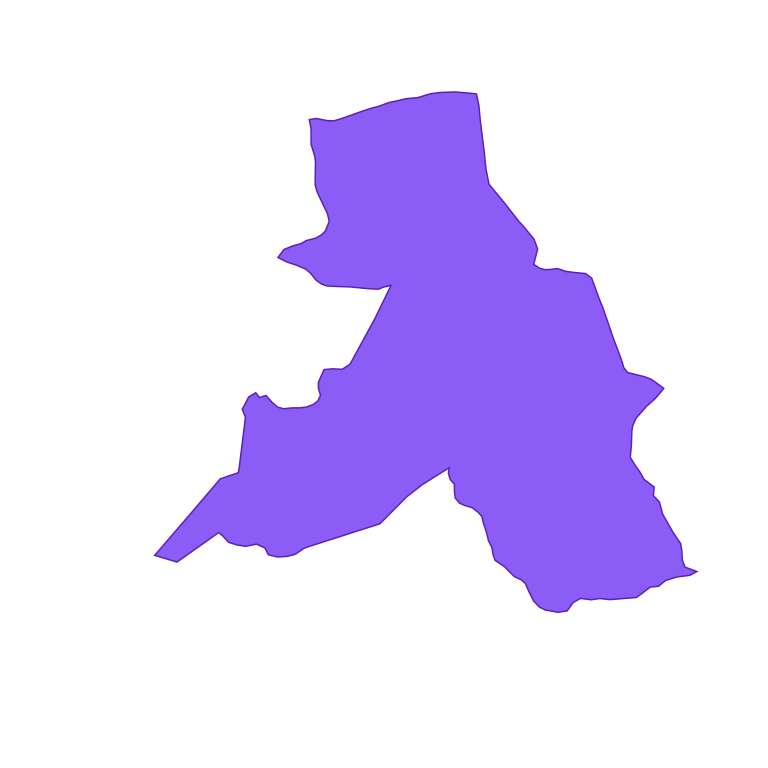 the district of Várzea Branca, Piauí, Brazil, rotated 254°
{"feature_id": "56859067B57465837137566", "entity_name": "Várzea Branca", "entity_type": "district", "adm_level": 2, "iso_a3": "BRA", "parent_name": "Brazil", "parent_adm1": "Piauí", "projection": "mercator", "projection_center": [-42.923, -9.288], "detail": "fine", "context": "isolated", "style": "filled", "palette": "violet", "viewbox_px": 768, "rotation_deg": 254, "n_neighbors": 0, "source": "geoboundaries", "source_scale": "gbopen_adm2", "svg_char_len": 2451}
<svg xmlns="http://www.w3.org/2000/svg" viewBox="0 0 768 768"><g transform="rotate(254 384 384)"><path d="M113.9,592.1L117.5,600.5L117.8,612.2L115.8,625.2L117.5,633.0L125.0,622.9L132.5,622.3L141.5,624.3L148.8,625.2L161.5,621.0L182.1,616.0L194.7,616.2L202.4,612.2L210.5,615.3L220.6,607.7L228.7,605.8L235.8,603.3L245.5,600.5L257.2,605.0L270.8,609.4L275.7,611.8L281.6,616.8L290.4,630.6L294.9,640.1L299.5,647.2L302.7,651.7L310.4,645.8L314.8,642.2L318.9,636.9L323.9,628.2L327.8,621.4L333.6,619.0L340.6,619.0L352.6,618.1L363.1,617.2L373.6,616.6L382.4,616.2L397.3,615.4L404.7,614.5L428.5,612.8L434.6,608.2L438.7,597.8L442.0,590.2L447.1,582.6L448.2,576.1L449.3,570.8L452.2,565.7L457.8,560.9L471.4,568.9L482.0,568.1L497.5,561.3L503.0,558.5L524.3,549.9L539.5,543.3L547.1,540.0L561.6,541.2L569.7,542.5L577.6,544.0L611.4,549.3L625.6,552.0L637.4,552.8L642.3,540.4L645.3,532.3L648.8,518.1L650.2,508.5L650.0,495.2L652.2,483.8L652.6,473.9L653.2,467.1L652.4,454.6L652.6,447.3L652.2,437.6L650.8,415.7L650.8,408.3L652.6,402.5L657.8,392.4L658.8,385.0L650.3,384.4L642.5,382.3L634.6,380.0L621.8,380.2L616.2,379.3L594.8,372.8L587.9,372.6L582.3,373.4L563.3,376.6L555.3,376.1L547.2,369.8L544.6,365.0L543.0,358.9L543.3,348.7L541.8,343.0L541.9,334.7L540.9,324.9L534.8,316.9L528.1,324.2L522.7,332.1L516.1,340.3L510.8,343.9L502.8,347.2L497.2,351.6L494.0,356.1L489.9,368.1L486.6,378.4L480.1,394.8L476.7,404.7L477.3,410.3L476.9,418.0L449.1,393.0L412.3,356.7L409.7,347.9L412.8,338.6L414.4,330.3L403.5,321.3L398.0,319.8L390.6,319.8L385.9,315.7L383.8,310.3L383.2,303.5L384.5,295.5L386.5,288.6L387.9,280.6L391.2,275.2L398.0,271.0L405.5,267.4L405.3,260.6L410.9,258.3L408.8,250.3L403.2,245.2L398.9,240.8L390.1,241.6L344.5,222.2L338.9,219.5L338.0,200.5L315.5,166.6L282.5,116.3L269.9,136.0L286.8,184.2L282.3,187.2L274.6,191.0L269.6,198.7L266.1,206.2L265.2,217.2L259.3,224.3L251.7,225.8L247.0,234.1L245.0,243.3L244.8,252.0L248.2,261.9L248.5,268.1L250.8,341.6L269.3,374.7L276.7,393.0L285.5,423.4L280.4,421.3L274.0,421.3L268.1,424.0L261.9,422.2L254.7,421.1L248.7,423.7L245.0,428.1L240.8,434.7L234.7,439.1L229.6,441.6L223.6,441.2L213.1,441.6L204.7,441.2L196.8,442.7L190.0,441.8L183.8,442.2L174.8,449.8L170.0,452.2L162.7,456.4L157.8,462.1L153.0,465.0L145.6,465.9L134.2,468.0L126.9,471.8L122.4,476.6L116.6,488.3L115.4,497.5L121.8,505.6L123.7,513.8L119.5,523.7L118.3,532.3L114.5,541.6L109.2,567.8L112.2,575.8L115.4,583.9L113.9,592.1Z" fill="#8b5cf6" stroke="#5b21b6" stroke-width="1.5"/></g></svg>